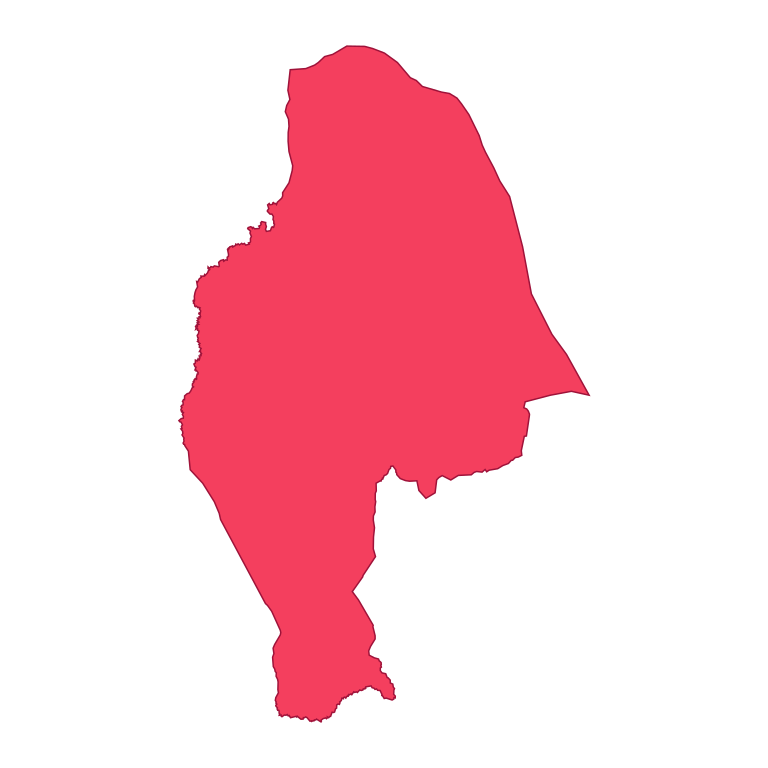 East Gonja Municipal, Northern, Ghana (Natural Earth projection)
{"feature_id": "2480657B20562210440652", "entity_name": "East Gonja Municipal", "entity_type": "district", "adm_level": 2, "iso_a3": "GHA", "parent_name": "Ghana", "parent_adm1": "Northern", "projection": "natural_earth1", "projection_center": [-1.128, 8.347], "detail": "fine", "context": "isolated", "style": "filled", "palette": "rose", "viewbox_px": 768, "rotation_deg": 0, "n_neighbors": 0, "source": "geoboundaries", "source_scale": "gbopen_adm2", "svg_char_len": 6113}
<svg xmlns="http://www.w3.org/2000/svg" viewBox="0 0 768 768"><path d="M183.7,438.9L184.0,441.2L183.1,443.1L183.7,444.3L184.6,444.4L184.8,445.6L188.4,451.1L190.2,469.7L202.7,483.2L214.3,501.7L219.2,513.3L220.6,519.6L265.5,603.6L267.5,605.4L271.7,611.3L280.3,630.3L280.8,632.6L280.3,634.9L274.7,644.4L273.1,648.2L273.9,653.6L272.6,657.2L273.3,666.6L274.7,669.0L275.2,671.5L276.3,672.7L276.1,676.3L277.6,679.3L278.1,681.9L277.9,689.7L278.4,692.8L275.8,697.6L275.3,700.4L276.2,702.0L275.9,703.1L276.8,704.1L275.8,705.3L276.0,706.3L277.4,707.8L277.1,708.9L277.7,710.3L278.7,710.3L279.1,711.0L279.1,713.2L279.7,713.7L279.2,715.3L281.1,715.0L281.3,716.4L282.0,716.7L284.2,715.1L286.2,715.2L287.2,714.5L288.2,715.9L289.2,715.5L290.5,717.7L295.9,716.4L296.7,717.0L297.2,716.2L300.9,719.2L303.1,719.1L303.4,717.6L304.3,717.8L305.6,716.9L307.0,717.6L310.0,721.2L311.5,720.9L311.7,721.4L313.4,720.5L313.9,720.9L314.8,719.8L315.7,720.0L316.5,719.1L321.0,721.9L321.4,721.2L321.1,720.1L323.2,718.6L325.7,717.9L326.4,718.7L327.5,717.8L327.4,716.9L328.7,717.7L329.7,716.5L330.6,716.4L332.1,712.2L333.7,712.5L334.6,712.0L335.5,708.9L336.6,708.1L336.7,704.9L338.1,704.0L339.4,704.4L340.0,702.7L339.7,701.9L341.3,700.6L341.9,698.2L343.4,698.7L343.5,697.6L344.8,697.1L345.8,698.1L346.7,696.5L348.2,696.2L348.0,695.4L348.7,695.2L348.9,694.5L349.6,694.8L351.0,693.9L351.8,694.7L353.8,691.8L354.6,692.4L356.5,691.9L357.4,692.5L359.7,690.0L361.2,690.5L362.9,690.0L363.3,688.9L364.9,688.9L365.2,688.0L365.7,688.1L365.7,686.9L371.1,685.9L372.1,687.7L374.1,688.2L375.0,689.4L376.6,688.9L377.6,690.3L380.1,690.5L381.9,694.3L381.8,695.5L382.4,695.6L384.2,698.5L386.2,698.1L392.1,700.0L393.8,699.1L394.0,697.6L395.2,697.9L395.3,696.1L393.7,694.3L393.9,690.1L394.5,688.6L393.3,687.1L392.8,684.1L390.3,683.0L390.2,680.1L388.1,677.8L387.2,677.6L385.7,673.7L382.0,672.9L380.3,670.6L380.3,668.0L381.4,667.1L380.8,665.2L381.3,664.7L381.1,662.5L379.2,660.8L378.5,659.0L374.2,657.8L369.2,655.2L368.7,650.9L370.5,646.5L375.1,639.0L375.1,635.7L372.9,626.7L373.2,625.3L358.5,600.0L352.3,591.6L362.7,576.9L363.0,575.5L375.5,556.6L373.3,548.9L373.5,537.0L374.5,527.8L373.3,520.1L373.4,515.9L375.1,512.0L374.9,506.8L375.7,501.6L375.2,499.5L375.3,493.2L376.3,490.9L376.1,483.2L380.2,480.9L381.0,481.1L381.7,479.4L382.8,479.0L382.6,478.1L383.2,478.0L384.2,475.5L386.2,474.8L387.6,473.4L389.0,469.5L390.5,468.3L390.7,466.4L392.9,466.0L395.8,469.9L395.9,472.2L396.6,473.0L396.8,474.7L400.3,478.6L405.5,480.6L409.5,481.2L416.9,480.8L418.9,490.5L425.9,498.3L435.1,492.8L436.7,479.8L438.9,477.5L442.2,475.6L450.8,480.0L458.3,475.4L471.3,474.8L474.1,472.4L476.6,471.5L482.1,472.1L485.1,469.5L486.7,471.8L489.1,470.2L497.7,468.7L502.9,465.5L508.4,463.5L511.2,460.4L512.7,460.2L515.3,457.5L518.2,457.1L521.8,455.3L521.3,450.7L524.3,436.3L526.4,436.0L529.4,415.5L529.5,414.2L528.3,411.1L526.7,409.0L523.8,407.7L525.2,401.8L550.4,395.2L571.4,391.3L589.1,395.2L566.5,354.4L551.9,334.3L531.4,293.9L522.6,246.8L509.6,196.5L499.8,181.0L493.8,167.9L485.4,152.1L482.2,145.1L479.2,135.6L468.9,114.6L461.6,104.0L457.0,98.1L449.5,93.5L441.6,92.1L422.4,86.5L416.3,80.5L410.3,77.7L397.5,62.6L384.5,53.1L372.6,48.5L364.7,46.4L346.8,46.1L332.7,54.4L324.6,56.6L318.2,62.6L314.6,65.1L305.8,68.6L290.2,69.7L287.9,90.3L289.9,99.5L286.7,105.5L285.3,111.7L288.5,119.1L289.0,126.4L288.2,132.4L288.1,141.3L289.0,151.6L292.7,165.7L292.2,170.6L289.0,182.8L282.6,192.7L282.7,195.9L281.8,198.1L277.3,202.3L276.5,204.6L275.6,203.5L274.7,203.7L273.4,202.5L272.8,202.9L272.7,204.3L269.9,204.8L269.2,203.5L267.6,204.9L268.8,208.7L267.4,210.5L267.4,211.4L270.0,214.1L271.9,214.1L273.4,216.5L273.0,219.6L273.8,221.0L273.8,223.6L274.5,224.2L273.7,227.2L273.1,227.5L272.3,226.8L271.6,227.3L270.4,230.7L266.4,231.4L265.5,229.3L266.4,226.6L265.6,224.2L265.7,222.5L261.7,221.6L260.6,223.0L261.2,224.0L260.5,225.3L258.8,226.1L259.6,227.1L259.1,228.5L254.6,228.8L253.2,227.4L252.4,228.4L251.8,227.2L250.7,226.7L248.1,227.6L247.7,228.7L250.5,231.1L250.0,233.1L251.4,236.5L250.4,238.6L250.5,241.7L250.0,242.5L248.5,242.9L249.2,244.2L245.7,245.1L244.4,243.4L242.8,244.2L241.7,243.3L239.5,244.9L238.1,243.8L237.0,244.8L235.8,244.1L235.4,245.5L232.8,247.0L232.6,245.9L229.7,246.9L228.7,249.0L228.3,248.3L227.5,249.3L228.5,254.2L228.4,256.4L227.2,257.2L227.2,260.1L225.6,259.9L223.8,261.2L223.5,259.7L220.6,260.5L218.7,262.3L219.3,266.1L218.7,266.7L214.3,265.9L213.1,267.1L210.9,266.6L210.4,267.6L209.0,268.0L208.1,267.0L208.0,268.5L209.6,269.7L208.3,270.8L207.6,272.8L205.1,275.5L204.6,274.7L204.0,276.2L200.9,276.1L201.3,277.3L199.3,278.8L197.6,282.1L196.7,281.6L197.6,287.0L195.9,289.9L195.0,292.7L194.3,296.4L194.5,300.2L193.4,300.3L193.1,301.0L194.2,301.6L193.4,303.0L194.4,303.8L194.8,306.1L195.5,306.7L196.5,306.2L197.9,307.7L198.6,307.3L200.1,307.9L199.4,309.0L200.7,310.9L200.2,313.4L199.2,312.8L198.8,313.8L200.1,314.6L200.5,316.5L199.2,316.8L199.9,317.7L197.5,318.2L198.6,319.3L197.1,320.7L198.8,322.0L197.1,322.9L198.6,324.3L197.6,324.4L197.4,326.3L196.4,325.2L195.5,326.7L196.3,327.7L195.8,329.2L197.0,328.4L197.7,328.9L197.5,330.2L199.0,331.0L198.4,333.7L197.2,335.4L197.7,337.5L198.4,338.0L197.7,339.7L198.4,340.9L197.5,341.4L199.9,343.5L198.8,344.5L199.6,345.3L199.3,347.3L201.1,348.4L199.5,351.4L200.5,351.3L200.4,352.1L201.5,353.6L200.5,354.3L201.1,354.7L201.0,355.7L199.2,356.0L199.9,357.5L199.3,359.8L198.7,359.3L198.1,360.0L197.9,359.1L197.0,360.9L195.4,360.1L195.3,363.1L193.9,364.0L195.0,366.7L196.0,367.2L195.0,369.8L195.7,369.7L196.0,370.9L196.6,370.7L198.1,372.6L198.0,374.0L197.2,374.0L196.4,376.9L196.7,379.0L196.2,379.4L195.2,378.6L194.0,380.1L194.4,380.8L193.3,381.6L193.8,382.2L192.4,383.9L192.4,386.0L193.5,386.9L192.2,387.8L190.9,390.7L189.2,393.1L187.1,393.7L184.6,395.9L184.5,399.7L183.5,399.6L182.5,401.5L183.1,402.1L183.1,404.8L181.7,405.4L181.0,406.7L181.9,407.3L180.9,409.7L181.5,411.6L182.3,411.1L182.3,412.2L183.4,412.5L182.3,414.4L183.4,416.3L183.3,418.2L181.2,418.6L178.9,420.6L179.8,421.8L181.1,422.1L182.5,424.9L181.4,426.3L182.0,428.6L180.9,428.9L182.6,431.2L182.8,433.6L182.0,434.9L184.1,438.1L183.7,438.9Z" fill="#f43f5e" stroke="#9f1239" stroke-width="1.5"/></svg>